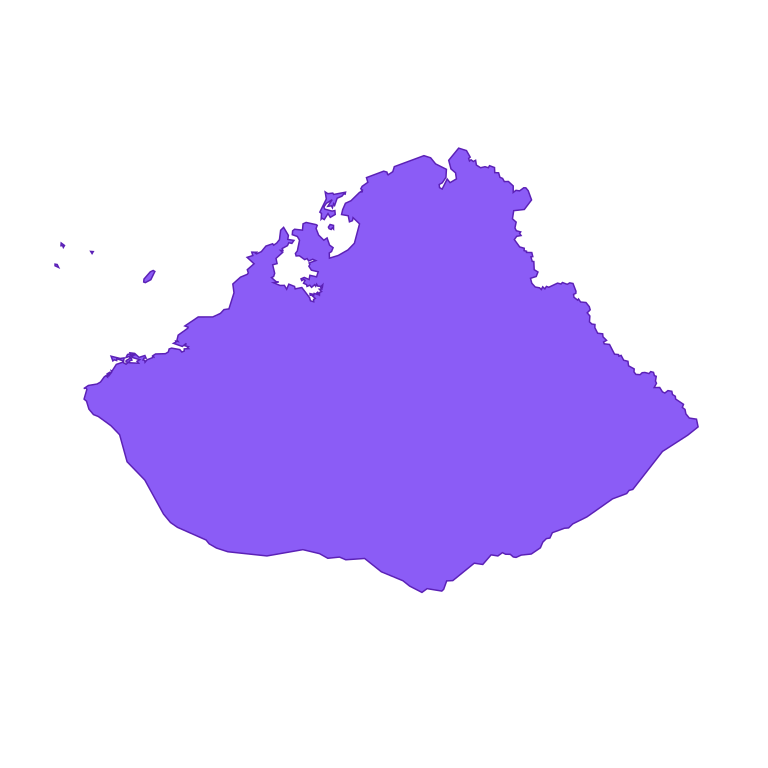 the district of Kilwa, Lindi, United Republic of Tanzania, rotated 256°
{"feature_id": "72390352B7880721655308", "entity_name": "Kilwa", "entity_type": "district", "adm_level": 2, "iso_a3": "TZA", "parent_name": "United Republic of Tanzania", "parent_adm1": "Lindi", "projection": "albers", "projection_center": [39.276, -9.089], "detail": "fine", "context": "isolated", "style": "filled", "palette": "violet", "viewbox_px": 768, "rotation_deg": 256, "n_neighbors": 0, "source": "geoboundaries", "source_scale": "gbopen_adm2", "svg_char_len": 6162}
<svg xmlns="http://www.w3.org/2000/svg" viewBox="0 0 768 768"><g transform="rotate(256 384 384)"><path d="M452.2,91.6L452.2,93.9L450.7,94.4L441.9,89.3L439.3,91.2L431.0,91.6L424.6,94.7L421.6,98.9L409.4,109.1L398.7,115.2L370.7,115.9L348.6,128.7L311.1,138.6L301.3,143.3L294.9,148.9L275.7,173.6L271.2,175.7L265.4,181.7L259.0,191.9L245.5,228.8L242.9,265.2L235.0,280.4L228.5,287.3L226.8,299.0L222.7,304.4L219.4,323.0L202.4,336.0L188.5,354.8L181.7,360.0L172.6,370.4L175.0,376.3L169.1,390.0L170.3,392.2L177.8,397.2L176.6,403.2L188.3,428.2L185.0,436.2L192.3,446.6L189.6,452.9L191.7,458.1L189.4,460.8L188.2,465.3L184.9,467.6L183.8,470.2L184.8,475.8L183.4,485.8L187.2,496.1L192.1,499.8L194.7,504.2L194.4,507.7L199.0,511.4L200.4,524.1L199.7,528.3L202.6,533.3L206.0,548.8L217.3,578.0L219.0,593.0L221.5,596.1L221.5,599.9L251.2,637.9L260.9,666.4L266.4,678.4L274.3,678.7L277.1,672.0L282.0,669.7L286.5,669.9L289.1,667.8L291.8,669.7L298.9,663.3L301.6,663.7L304.0,661.4L307.3,661.5L308.9,657.9L307.3,654.3L309.0,652.3L313.9,650.7L315.2,645.3L318.8,648.6L321.1,648.1L325.6,650.0L326.7,648.4L330.1,648.3L331.5,645.8L330.0,643.7L332.1,639.9L332.5,637.2L331.1,634.8L332.4,630.7L335.3,629.5L338.1,630.4L342.5,625.7L347.0,626.2L349.1,622.3L354.4,621.0L354.2,618.7L355.8,618.7L357.2,614.9L367.8,612.4L369.7,607.4L371.6,607.2L372.5,610.5L376.8,607.9L379.8,608.3L381.6,603.6L387.7,602.2L390.7,603.1L391.9,600.2L394.6,598.4L400.2,600.2L403.9,598.4L406.1,602.0L409.4,601.9L414.2,599.7L416.0,594.6L419.4,593.3L418.5,592.2L422.2,589.3L425.1,589.6L425.6,592.1L427.6,592.7L435.8,591.7L437.2,588.7L436.4,585.9L439.3,581.7L438.2,579.9L439.9,576.8L438.0,567.3L439.4,565.2L437.4,563.1L439.9,561.5L437.6,559.5L439.7,558.2L441.5,554.2L446.0,551.8L451.1,551.7L451.5,557.7L455.4,560.5L458.6,557.4L466.6,559.0L467.1,557.5L471.8,557.3L471.6,559.2L475.8,559.2L477.2,554.1L478.4,554.4L479.5,552.2L481.8,552.9L484.2,548.8L492.6,545.4L495.2,548.5L494.9,552.9L497.3,552.0L498.5,553.4L500.7,549.5L503.7,548.8L509.1,551.4L513.2,548.6L520.8,551.8L519.4,562.4L526.9,571.7L536.6,570.7L540.0,569.1L540.6,567.1L538.6,562.3L540.0,558.9L538.6,555.7L544.9,557.3L550.4,553.7L551.3,549.7L554.8,548.8L556.5,546.5L561.2,546.3L562.3,542.6L567.3,543.6L570.3,539.2L568.6,537.6L570.4,534.6L570.5,530.0L574.1,526.6L578.9,527.0L578.3,524.4L580.5,522.7L579.7,520.9L582.4,520.7L583.3,522.5L590.5,520.5L594.8,513.5L585.4,500.9L576.5,501.0L571.6,504.5L565.5,503.9L563.4,496.8L567.6,494.9L559.1,487.6L561.1,485.4L564.2,485.8L565.1,489.2L569.5,494.1L577.2,496.5L585.1,487.3L592.2,484.0L595.9,478.0L592.4,446.6L587.9,443.9L586.0,438.8L587.1,438.7L585.9,438.2L588.9,438.1L590.6,435.2L588.5,416.9L583.6,417.1L581.1,410.6L579.0,408.7L577.4,410.0L576.4,408.2L575.8,410.1L575.9,406.7L569.8,396.3L568.7,390.3L563.2,386.1L558.7,383.8L555.9,390.0L549.7,389.7L550.1,392.9L552.9,394.2L545.3,399.0L527.7,389.3L522.8,381.4L519.8,370.7L519.3,361.5L524.4,362.6L525.2,365.1L528.6,367.6L531.9,364.8L539.5,364.1L538.1,360.4L544.3,356.6L551.3,355.7L554.1,357.6L555.1,356.6L559.6,347.5L559.0,344.2L553.0,342.1L555.8,334.7L554.7,332.4L551.1,331.1L548.1,335.6L543.9,336.8L534.1,332.1L532.1,329.6L529.5,329.7L528.9,332.9L523.9,337.1L524.3,339.7L521.6,340.7L522.3,345.0L520.3,347.6L519.5,340.6L518.2,341.1L516.4,339.6L512.0,341.1L508.8,347.3L504.3,344.5L507.4,338.4L503.5,336.6L506.7,332.4L506.1,328.9L504.2,329.2L504.8,331.5L503.7,332.5L501.2,330.3L499.2,332.9L497.3,332.9L497.8,335.9L495.3,337.1L497.1,340.7L495.3,341.4L497.2,342.8L495.0,343.4L494.0,346.6L495.2,348.6L492.3,347.4L492.6,346.1L491.2,346.5L491.6,344.2L488.8,345.8L488.4,343.7L486.3,343.0L489.1,341.9L488.6,340.9L486.6,341.8L488.8,338.1L486.5,337.0L488.3,336.7L489.6,334.1L487.4,333.7L488.5,334.6L483.7,338.0L483.0,336.1L480.8,335.7L482.5,332.8L485.7,332.7L497.5,327.6L497.8,320.8L500.3,320.8L503.9,315.8L499.5,312.5L503.8,311.2L504.8,306.9L509.0,301.3L508.4,306.6L509.5,304.0L514.5,300.6L515.0,302.9L517.8,304.7L526.6,304.8L526.7,309.4L532.0,309.6L536.2,317.5L538.6,316.0L537.9,318.2L540.1,318.0L541.6,323.8L544.1,325.8L542.7,328.6L545.1,331.4L547.6,325.6L551.3,327.2L560.3,324.5L558.2,320.9L549.4,317.5L546.7,314.0L545.4,310.5L547.0,309.9L546.4,302.8L542.1,297.0L541.1,291.9L541.8,291.0L542.7,292.3L543.9,287.6L540.4,287.8L540.0,281.8L532.1,287.0L528.0,279.0L524.6,279.2L523.5,277.9L522.4,270.6L517.6,261.5L508.8,260.5L494.4,251.7L494.9,246.7L492.1,242.4L490.5,234.1L494.0,219.9L488.5,204.8L486.5,207.7L485.6,207.1L481.2,196.1L476.8,193.8L475.0,194.5L476.1,192.2L475.0,192.2L474.4,189.6L469.2,197.4L471.3,202.0L469.1,200.3L467.5,203.2L467.0,202.2L465.6,203.0L466.4,198.7L464.3,198.1L463.9,195.6L466.8,194.2L470.2,186.6L470.0,184.0L467.3,182.5L466.3,179.3L468.4,169.6L467.5,166.9L466.0,167.1L466.8,166.1L465.6,165.8L464.8,159.8L462.9,157.4L464.9,157.5L465.6,156.0L467.2,157.4L466.7,159.4L469.5,158.9L469.1,152.8L474.0,149.5L475.7,145.1L471.4,145.9L473.7,147.1L472.5,149.1L472.5,147.0L470.4,146.6L466.7,152.8L465.8,149.8L463.5,150.9L466.2,142.1L467.9,142.5L468.2,145.2L471.8,144.1L473.9,145.3L474.7,144.2L474.7,142.3L472.1,140.0L472.3,143.2L470.5,144.2L469.1,139.5L467.9,139.0L466.8,141.2L465.6,138.5L467.7,136.3L472.2,138.1L472.6,134.2L477.0,125.9L472.0,126.5L472.7,128.2L471.4,130.3L473.1,130.8L469.8,136.2L468.4,136.0L467.8,129.0L462.4,123.3L463.0,122.5L461.4,122.6L458.4,118.9L459.9,118.6L461.9,121.4L460.8,117.7L457.8,117.3L459.3,116.1L458.6,114.3L454.5,109.4L453.4,105.6L454.1,96.8L452.2,91.6ZM564.6,364.6L559.2,362.9L559.9,363.9L558.0,365.8L562.9,370.9L558.7,372.2L560.3,377.7L564.2,378.3L564.3,375.5L568.0,368.9L570.3,368.5L573.2,371.7L575.4,378.3L570.0,372.4L569.6,376.1L567.5,376.6L571.1,378.7L569.2,379.3L575.6,383.5L576.4,388.6L578.3,391.2L577.6,392.2L579.4,393.1L580.1,381.0L581.6,380.5L582.3,375.5L584.6,373.4L577.5,372.8L566.3,363.3L564.6,364.6ZM548.6,188.9L550.0,187.5L549.4,184.4L543.9,176.5L541.1,175.5L540.1,176.9L541.6,183.0L548.6,188.9ZM551.8,370.3L549.7,368.0L548.0,368.3L546.7,370.1L548.0,371.6L546.5,372.5L550.1,373.4L551.8,370.3ZM575.8,96.5L579.0,95.8L579.9,93.8L578.3,93.4L575.8,96.5ZM595.7,107.5L598.9,104.9L596.3,104.0L595.9,105.7L594.1,105.9L595.7,107.5ZM582.8,133.9L583.6,131.5L581.2,132.3L582.8,133.9Z" fill="#8b5cf6" stroke="#5b21b6" stroke-width="1.5"/></g></svg>